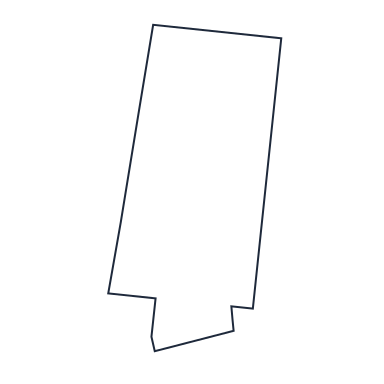 outline of Roxby Downs, South Australia, Australia, rotated 186°
{"feature_id": "25037944B85106510810268", "entity_name": "Roxby Downs", "entity_type": "district", "adm_level": 2, "iso_a3": "AUS", "parent_name": "Australia", "parent_adm1": "South Australia", "projection": "natural_earth1", "projection_center": [136.886, -30.549], "detail": "fine", "context": "isolated", "style": "outline", "palette": "slate", "viewbox_px": 384, "rotation_deg": 186, "n_neighbors": 0, "source": "geoboundaries", "source_scale": "gbopen_adm2", "svg_char_len": 359}
<svg xmlns="http://www.w3.org/2000/svg" viewBox="0 0 384 384"><g transform="rotate(186 192 192)"><path d="M264.7,82.4L217.1,82.4L217.2,43.8L212.4,29.8L194.6,36.4L179.4,42.1L136.1,58.3L138.4,69.5L140.9,82.4L119.3,82.4L119.3,234.5L119.3,354.2L248.1,354.2L253.2,267.9L257.9,185.9L259.7,154.1L264.7,82.4Z" fill="none" stroke="#1e293b" stroke-width="2"/></g></svg>